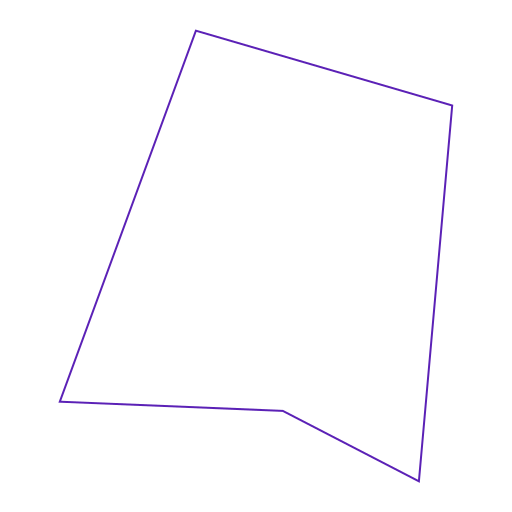 Shirin city, Tashkent, Uzbekistan (Robinson projection)
{"feature_id": "79887680B49075560647606", "entity_name": "Shirin city", "entity_type": "district", "adm_level": 2, "iso_a3": "UZB", "parent_name": "Uzbekistan", "parent_adm1": "Tashkent", "projection": "robinson", "projection_center": [69.117, 40.217], "detail": "fine", "context": "isolated", "style": "outline", "palette": "violet", "viewbox_px": 512, "rotation_deg": 0, "n_neighbors": 0, "source": "geoboundaries", "source_scale": "gbopen_adm2", "svg_char_len": 197}
<svg xmlns="http://www.w3.org/2000/svg" viewBox="0 0 512 512"><path d="M452.2,105.5L195.9,30.7L59.8,401.7L282.8,410.9L418.9,481.3L452.2,105.5Z" fill="none" stroke="#5b21b6" stroke-width="2"/></svg>